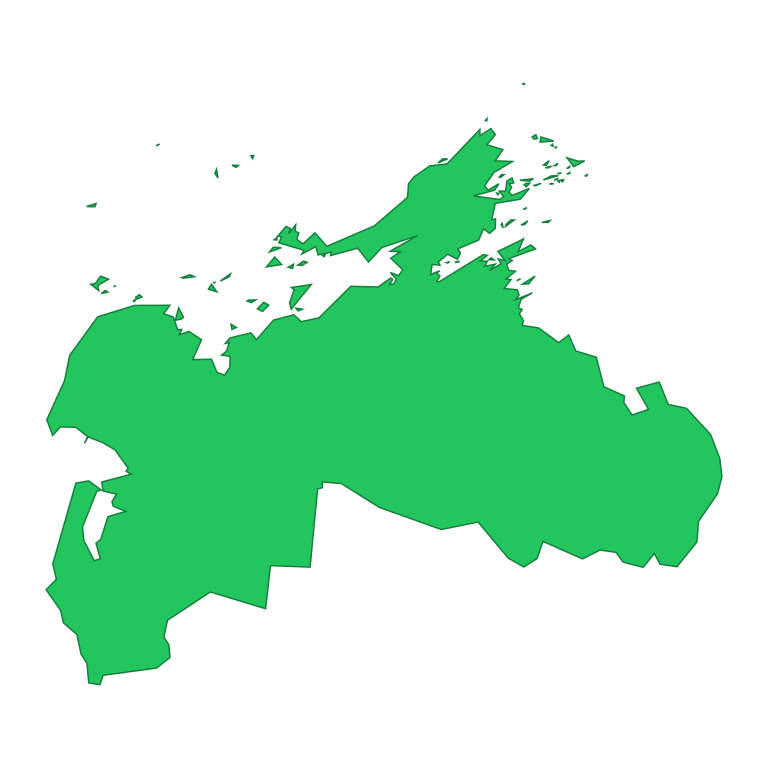 Helgafellssveit, Vesturland, Iceland (orthographic projection)
{"feature_id": "244011B42475995928988", "entity_name": "Helgafellssveit", "entity_type": "district", "adm_level": 2, "iso_a3": "ISL", "parent_name": "Iceland", "parent_adm1": "Vesturland", "projection": "orthographic", "projection_center": [-22.792, 64.982], "detail": "fine", "context": "isolated", "style": "filled", "palette": "green", "viewbox_px": 768, "rotation_deg": 0, "n_neighbors": 0, "source": "geoboundaries", "source_scale": "gbopen_adm2", "svg_char_len": 6154}
<svg xmlns="http://www.w3.org/2000/svg" viewBox="0 0 768 768"><path d="M84.4,443.3L88.1,436.9L102.9,442.7L115.2,450.0L128.0,468.1L126.1,471.3L131.3,474.2L101.8,482.0L103.0,490.9L116.5,494.2L112.0,501.5L113.3,506.2L125.7,511.4L107.9,516.6L100.8,539.3L96.0,543.3L100.3,558.7L94.2,560.7L83.8,540.5L82.5,527.0L96.8,491.2L101.3,490.1L88.8,480.9L75.9,483.1L52.8,563.9L56.4,579.3L46.1,589.7L60.7,610.6L63.4,622.8L77.0,634.6L81.1,654.3L86.9,663.4L88.8,682.9L100.0,684.7L103.1,675.3L156.6,668.0L170.0,657.4L168.9,644.9L163.9,637.1L167.5,620.2L210.3,592.0L265.6,608.7L270.5,565.6L310.1,567.1L317.6,489.0L322.3,487.7L322.4,481.9L341.4,483.6L379.3,507.4L441.3,529.5L478.1,522.0L508.1,558.0L523.8,567.0L537.1,558.5L542.9,541.4L582.5,558.9L600.2,550.0L616.0,552.4L623.2,562.2L643.2,567.3L654.4,553.5L660.0,564.2L677.0,566.7L696.9,542.0L698.5,521.4L717.5,493.8L721.9,476.8L719.8,458.4L710.6,434.5L686.4,408.3L668.2,404.4L659.2,382.0L636.5,388.2L648.5,409.4L632.0,415.0L623.8,402.5L624.5,396.0L603.9,386.8L596.3,357.2L575.8,351.0L568.8,335.0L558.7,342.6L538.6,327.9L522.2,325.5L523.5,320.6L519.3,313.8L522.2,309.5L518.3,307.8L521.2,299.1L532.4,292.9L515.4,299.8L519.1,295.0L517.3,289.8L504.1,288.5L511.1,279.6L506.0,279.0L515.4,271.2L508.7,270.3L506.7,264.2L512.1,260.5L508.7,258.7L535.5,248.9L530.9,245.0L518.1,251.8L523.4,239.0L497.9,251.4L505.1,260.7L498.3,259.0L501.0,263.8L489.6,270.6L495.2,264.2L484.8,266.3L487.4,261.2L480.2,261.0L487.4,255.4L483.5,254.5L439.1,281.8L436.7,281.2L440.0,275.9L436.6,273.2L439.7,270.8L430.7,274.4L432.1,264.5L439.9,265.1L438.3,261.9L447.7,254.2L457.4,259.2L460.4,253.0L457.8,248.9L478.7,240.0L483.5,228.7L489.6,233.4L495.3,228.3L495.5,218.8L491.7,220.0L495.3,203.4L520.4,199.2L529.4,188.4L512.2,195.4L508.9,192.3L511.6,187.3L509.2,183.7L513.8,182.9L512.0,178.0L506.9,181.0L505.6,191.1L499.3,191.1L503.7,196.6L499.9,199.5L473.3,195.9L494.6,190.2L498.9,183.7L488.2,190.2L484.6,185.8L494.1,172.3L512.5,161.5L495.2,160.8L502.9,149.6L486.9,144.8L495.4,134.6L490.9,128.6L479.9,135.7L479.9,129.4L447.1,163.9L429.8,165.9L414.2,176.7L408.5,183.8L407.6,197.3L374.3,225.9L326.8,246.3L314.9,232.8L302.9,244.0L296.8,239.2L298.8,232.9L295.2,231.2L295.7,224.9L288.9,233.6L290.4,228.5L286.1,226.4L277.7,236.1L281.6,236.9L278.8,242.8L304.0,250.3L301.8,254.0L315.8,246.7L318.0,254.9L331.3,252.1L330.4,255.6L357.7,248.2L368.5,262.0L381.9,247.5L417.6,235.6L390.2,251.2L400.2,251.9L390.7,258.2L402.7,269.7L398.7,275.6L390.4,272.6L396.4,279.2L393.7,284.0L389.6,284.5L392.6,279.4L390.8,278.0L378.0,287.0L350.8,286.3L319.0,317.8L301.2,321.7L293.9,314.8L273.7,320.0L256.4,339.7L251.0,332.9L230.0,337.9L225.3,343.4L229.2,342.4L226.7,351.0L221.6,355.1L230.1,356.4L229.9,367.2L224.5,375.1L217.1,372.5L211.4,359.2L192.6,359.6L201.5,339.7L189.0,331.5L179.4,334.7L181.8,329.5L177.6,329.7L173.4,317.1L163.7,313.6L169.9,305.3L134.6,305.4L97.7,316.8L69.7,355.3L64.5,380.8L46.8,419.7L52.7,435.4L60.4,426.9L75.8,427.3L87.7,436.6L84.4,443.3ZM311.3,284.5L291.4,287.5L294.2,289.7L289.5,302.8L291.2,309.1L311.3,284.5ZM100.6,276.1L95.5,283.5L90.7,284.3L98.7,290.5L97.7,285.5L108.6,279.2L100.6,276.1ZM281.6,264.5L274.7,257.0L266.5,266.9L281.6,264.5ZM553.9,141.0L541.0,137.0L540.1,142.1L553.9,141.0ZM567.0,157.8L573.8,166.7L584.7,160.9L578.1,161.2L567.0,157.8ZM183.5,317.3L178.6,307.9L175.4,320.3L181.3,319.1L183.5,317.3ZM551.0,176.0L543.4,180.0L558.4,175.6L551.0,176.0ZM268.7,305.2L263.6,302.3L257.4,308.9L262.6,311.4L268.7,305.2ZM528.6,283.9L535.0,276.1L522.5,284.1L528.6,283.9ZM281.4,247.7L273.3,247.2L269.6,251.9L281.4,247.7ZM533.5,178.7L519.8,180.2L529.5,181.2L533.5,178.7ZM232.0,329.5L236.4,327.4L231.0,324.3L232.0,329.5ZM220.4,281.0L229.5,276.5L230.5,273.8L220.4,281.0ZM216.8,291.8L211.6,284.3L208.4,289.1L216.8,291.8ZM537.4,138.6L535.9,134.7L532.1,136.9L533.9,139.1L537.4,138.6ZM194.3,276.7L190.0,274.7L181.8,277.7L183.5,278.2L194.3,276.7ZM94.9,206.8L96.1,203.5L86.6,206.5L94.9,206.8ZM447.6,158.9L442.7,158.9L438.0,162.9L447.6,158.9ZM307.1,262.3L303.4,261.2L297.9,265.1L301.9,265.5L307.1,262.3ZM514.3,220.0L510.8,220.0L506.2,224.3L505.5,226.4L514.3,220.0ZM524.6,224.6L527.8,220.9L521.0,225.1L524.6,224.6ZM214.9,173.4L218.0,177.9L216.5,169.4L214.9,173.4ZM255.7,299.9L248.0,300.1L247.1,301.1L251.5,302.6L255.7,299.9ZM292.5,268.5L293.6,264.2L288.2,267.3L292.5,268.5ZM107.8,292.1L105.4,290.5L101.2,293.5L107.8,292.1ZM298.0,310.9L302.3,309.2L296.0,308.2L298.0,310.9ZM236.0,167.4L238.4,165.4L232.0,165.2L236.0,167.4ZM142.0,296.9L139.4,294.7L135.8,297.1L136.6,299.1L142.0,296.9ZM548.4,222.4L550.1,220.5L541.8,222.4L548.4,222.4ZM535.8,185.7L541.2,183.3L533.3,185.6L535.8,185.7ZM543.5,165.0L546.3,165.4L549.1,160.7L543.5,165.0ZM529.7,183.2L525.9,183.4L524.1,184.8L526.3,186.8L529.7,183.2ZM545.2,167.9L549.1,167.7L551.5,166.0L545.2,167.9ZM493.9,259.9L491.1,257.8L489.1,259.7L493.9,259.9ZM252.6,158.7L253.7,155.5L250.9,155.8L252.6,158.7ZM503.1,227.9L502.2,223.3L501.1,224.5L503.1,227.9ZM504.0,174.7L501.7,174.5L499.2,177.0L500.6,177.4L504.0,174.7ZM276.8,240.0L277.0,237.4L274.2,239.7L276.8,240.0ZM562.7,181.8L563.6,179.6L560.3,180.2L562.7,181.8ZM486.8,120.9L487.0,118.6L485.3,120.3L486.8,120.9ZM458.6,261.3L454.6,262.5L459.0,261.8L458.6,261.3ZM497.8,194.9L498.8,193.4L496.7,193.0L497.8,194.9ZM566.6,168.6L569.6,167.5L569.7,166.4L566.6,168.6ZM324.1,256.7L325.0,254.9L322.6,255.7L324.1,256.7ZM556.4,165.5L558.0,163.3L554.4,165.6L556.4,165.5ZM446.4,262.6L447.8,263.0L449.8,261.7L446.4,262.6ZM557.1,180.7L559.3,182.2L559.5,181.1L557.1,180.7ZM586.4,176.1L587.8,174.1L585.3,175.8L586.4,176.1ZM522.9,209.4L525.1,208.8L527.0,207.6L522.9,209.4ZM132.8,301.6L135.2,300.7L135.1,299.5L132.8,301.6ZM566.7,174.1L569.6,173.6L569.9,172.6L566.7,174.1ZM558.4,173.8L561.6,172.9L558.1,173.4L558.4,173.8ZM156.0,145.7L157.5,145.4L159.7,144.0L156.0,145.7ZM553.9,183.8L551.0,183.4L549.4,184.2L553.9,183.8ZM553.0,146.2L552.6,144.2L551.2,145.4L553.0,146.2ZM525.1,84.6L523.5,83.3L522.8,84.0L525.1,84.6ZM213.1,282.4L214.5,282.8L215.6,282.3L213.1,282.4ZM555.3,147.9L557.1,146.9L555.2,147.2L555.3,147.9ZM516.6,280.6L519.6,279.5L520.5,278.7L516.6,280.6ZM113.6,286.7L114.8,286.3L116.0,285.4L113.6,286.7ZM554.0,180.3L557.0,179.3L558.5,178.2L554.0,180.3Z" fill="#22c55e" stroke="#15803d" stroke-width="1.5"/></svg>